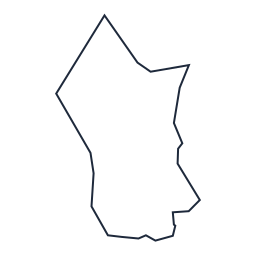 Rubkona, Unity, South Sudan (Albers equal-area conic projection)
{"feature_id": "79223893B27394743162218", "entity_name": "Rubkona", "entity_type": "district", "adm_level": 2, "iso_a3": "SSD", "parent_name": "South Sudan", "parent_adm1": "Unity", "projection": "albers", "projection_center": [29.718, 9.304], "detail": "fine", "context": "isolated", "style": "outline", "palette": "slate", "viewbox_px": 256, "rotation_deg": 0, "n_neighbors": 0, "source": "geoboundaries", "source_scale": "gbopen_adm2", "svg_char_len": 417}
<svg xmlns="http://www.w3.org/2000/svg" viewBox="0 0 256 256"><path d="M175.3,225.7L173.9,224.6L172.8,212.3L188.7,211.2L199.8,200.0L177.6,163.6L178.1,148.7L182.3,143.3L173.9,123.0L179.7,87.7L188.9,65.1L150.6,71.7L137.5,62.6L104.5,15.4L56.2,93.6L90.5,152.9L93.6,173.3L91.5,206.4L107.9,235.3L121.6,236.9L138.5,238.5L145.9,235.3L155.4,240.6L172.8,235.8L175.3,225.7Z" fill="none" stroke="#1e293b" stroke-width="2"/></svg>